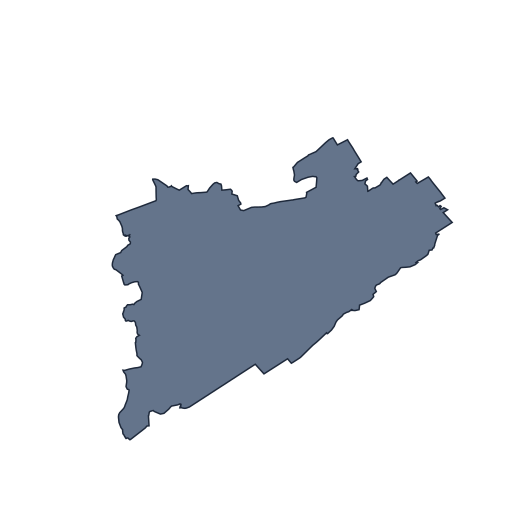 outline of Kabiles pag., Kuldigas, Latvia, rotated 155°
{"feature_id": "27541924B2434505236079", "entity_name": "Kabiles pag.", "entity_type": "district", "adm_level": 2, "iso_a3": "LVA", "parent_name": "Latvia", "parent_adm1": "Kuldigas", "projection": "equal_earth", "projection_center": [22.376, 56.949], "detail": "fine", "context": "isolated", "style": "filled", "palette": "slate", "viewbox_px": 512, "rotation_deg": 155, "n_neighbors": 0, "source": "geoboundaries", "source_scale": "gbopen_adm2", "svg_char_len": 5853}
<svg xmlns="http://www.w3.org/2000/svg" viewBox="0 0 512 512"><g transform="rotate(155 256 256)"><path d="M298.6,145.8L270.8,149.5L269.3,143.9L267.7,144.0L259.6,145.1L258.0,145.5L242.3,151.1L237.6,152.3L233.1,153.7L224.5,156.6L224.3,155.8L224.3,155.5L223.9,155.4L218.9,157.0L215.6,158.8L214.9,159.2L211.7,162.1L209.6,163.4L208.6,163.8L204.9,164.8L202.9,165.4L201.9,166.1L201.4,166.4L197.6,166.6L195.5,166.3L193.9,166.6L191.9,167.1L191.7,166.8L192.7,166.5L191.1,165.7L189.4,164.7L185.3,163.8L184.0,165.8L182.9,167.7L177.6,167.3L171.2,167.3L168.4,168.5L166.5,169.4L166.1,171.8L162.0,172.9L162.0,176.6L160.3,178.2L159.1,178.8L156.0,178.6L155.4,178.7L155.1,178.8L154.4,179.3L154.2,179.3L145.1,180.9L137.9,180.2L137.3,180.3L135.4,181.0L130.0,184.2L129.7,184.2L128.5,183.9L125.3,182.6L121.0,181.1L115.4,180.9L112.8,181.6L113.3,181.8L113.8,182.5L110.9,183.2L108.5,183.0L101.9,184.2L99.6,184.8L96.6,188.0L93.9,187.1L92.4,188.4L91.6,188.2L89.6,190.1L88.9,191.3L82.7,198.0L80.5,198.4L83.6,199.3L83.5,200.9L64.0,203.5L68.0,216.2L62.8,216.9L65.3,220.3L69.0,220.1L69.4,221.2L67.2,222.7L67.9,223.9L68.8,223.5L69.7,223.4L70.6,225.6L71.5,225.5L71.3,228.2L70.9,228.3L68.5,228.3L68.6,228.2L65.8,228.0L60.3,228.6L61.5,234.0L61.7,235.3L64.6,247.0L65.5,250.9L65.4,251.2L66.4,254.8L79.2,253.6L79.9,255.6L78.3,255.8L80.9,266.0L94.6,264.2L94.6,264.3L95.6,264.0L101.4,263.2L102.9,267.8L104.2,272.0L107.6,271.5L111.3,269.4L111.7,269.4L112.3,268.7L113.7,267.9L119.3,267.4L121.0,268.1L121.8,268.1L126.8,267.3L127.3,267.4L125.5,272.2L126.8,275.4L125.0,277.7L122.6,278.2L122.5,279.8L127.8,279.6L131.7,281.0L132.2,281.9L132.6,282.9L132.8,284.1L133.2,286.4L131.9,286.0L130.7,287.6L127.4,288.8L127.7,291.3L127.1,291.5L127.1,292.3L129.6,293.3L124.4,296.5L120.9,296.9L121.4,301.5L122.4,309.8L122.6,312.6L123.8,321.0L123.9,322.7L135.3,322.3L136.2,330.4L136.6,330.7L140.6,330.5L145.1,329.3L157.5,325.2L165.7,325.4L166.8,324.8L170.5,324.4L178.9,323.3L184.9,320.5L185.1,320.6L185.6,318.5L185.8,317.0L186.9,313.1L188.8,310.4L189.6,308.9L189.6,308.2L189.5,307.4L188.1,305.5L182.4,306.1L175.5,305.4L170.9,304.2L169.0,302.9L168.1,302.6L167.8,301.1L170.1,297.0L172.5,292.9L183.3,292.3L183.7,291.0L184.7,289.7L185.7,288.2L187.1,288.0L197.7,291.0L198.9,291.2L199.9,291.6L203.9,292.8L210.7,294.9L213.6,295.6L213.9,295.7L217.2,296.3L220.0,297.1L220.7,297.2L221.2,297.2L222.7,296.9L226.9,296.9L226.9,297.0L230.1,298.0L234.0,299.7L236.3,300.8L239.6,302.0L240.1,302.0L247.9,302.3L250.6,304.2L251.0,309.2L247.8,309.4L247.5,310.5L248.2,313.8L247.5,318.5L251.7,322.4L250.2,324.8L250.4,326.0L250.9,327.3L255.9,328.9L259.1,330.1L257.6,334.2L257.4,336.0L259.0,337.2L260.4,339.2L262.5,339.7L264.6,339.2L269.3,337.2L272.8,335.0L273.7,334.7L280.9,337.4L280.9,337.5L283.5,338.5L288.0,339.8L288.4,341.6L289.5,345.0L287.6,348.3L288.2,348.4L289.3,349.1L297.7,348.1L299.5,350.2L303.1,354.8L303.0,355.3L303.9,355.1L305.5,355.2L306.8,355.6L307.1,357.2L312.7,366.6L315.0,368.4L317.1,369.3L317.4,368.8L317.3,362.0L317.4,360.9L319.4,356.5L321.7,351.3L322.5,349.2L323.3,348.4L340.7,349.7L349.4,350.5L363.4,351.4L365.7,351.7L365.5,350.5L366.1,348.2L365.4,346.5L364.9,344.7L365.0,339.5L365.4,337.5L366.4,335.2L366.7,333.7L366.9,331.7L367.2,331.4L366.9,330.9L367.0,330.8L366.6,330.3L366.3,330.1L366.0,330.1L366.1,329.9L365.7,329.8L365.9,329.5L365.6,329.1L365.8,329.1L365.6,328.9L365.2,328.8L365.1,329.1L364.4,329.1L364.1,328.7L363.7,328.7L363.4,328.4L363.0,328.5L362.9,328.6L362.7,328.5L362.7,328.3L362.4,328.4L362.5,328.2L362.1,328.2L362.5,327.9L362.3,327.8L362.2,327.5L362.4,327.4L362.5,327.2L362.4,327.1L362.5,327.0L362.3,326.9L362.2,326.8L362.2,326.7L362.0,326.4L361.8,326.3L362.6,326.5L363.9,325.6L364.5,323.9L363.9,321.8L364.5,320.6L364.8,320.2L366.3,320.0L367.4,320.0L368.1,319.7L368.9,319.1L375.4,317.7L377.2,316.3L382.2,316.5L382.6,316.5L384.1,315.3L385.3,314.2L386.8,313.0L389.1,310.3L389.9,308.9L390.4,307.7L390.4,305.7L390.1,304.2L390.0,303.9L388.7,302.7L385.4,296.4L384.7,294.8L386.2,294.6L387.3,287.4L387.2,287.3L387.5,286.3L387.1,285.2L385.3,284.5L384.1,284.1L383.1,284.4L380.1,284.4L376.8,283.9L374.3,282.9L373.7,282.0L373.7,281.8L374.5,280.0L374.4,279.3L374.4,276.2L374.5,271.2L374.6,270.9L378.4,265.2L383.2,265.1L385.9,264.4L387.2,263.6L388.2,264.5L390.6,265.0L393.0,266.1L394.7,265.3L395.2,264.7L397.5,264.6L398.2,263.0L399.0,262.1L399.7,261.5L399.8,261.1L401.0,260.2L401.3,259.6L401.7,257.4L401.9,256.7L401.2,254.0L401.2,253.7L401.5,253.3L401.6,253.0L401.6,252.6L401.4,252.0L400.5,251.7L399.1,251.7L398.2,250.6L397.3,249.8L396.5,249.3L395.1,249.2L394.2,248.9L393.9,248.7L393.6,247.9L393.4,246.6L394.2,244.3L394.1,241.9L395.1,238.7L396.0,237.1L396.3,235.6L396.2,235.1L395.2,233.4L398.0,233.2L399.8,232.2L400.3,230.6L401.6,228.4L402.0,228.4L403.6,223.7L404.3,221.4L405.2,217.7L406.0,216.0L405.6,214.7L404.7,212.2L403.9,210.6L403.8,207.8L404.0,207.3L405.0,206.0L407.0,204.2L410.2,204.8L413.6,205.9L418.7,207.1L423.3,207.8L424.8,208.7L424.9,206.8L424.2,204.0L424.5,202.1L425.8,197.7L426.7,196.0L428.9,192.7L429.0,192.0L428.9,189.6L427.8,188.7L427.7,188.0L429.5,185.4L431.8,182.5L433.4,180.2L434.5,179.1L437.6,176.2L438.4,175.3L439.5,174.3L441.0,173.5L445.7,171.6L447.4,170.3L448.4,168.8L448.9,167.7L450.5,163.0L450.9,157.4L450.3,154.9L450.5,154.5L450.8,153.9L451.7,151.1L451.3,149.4L451.3,147.9L451.0,147.0L451.2,146.7L450.9,145.5L449.6,145.5L448.9,145.0L448.1,142.9L447.5,142.7L429.2,146.9L426.7,148.0L424.7,147.3L421.0,156.7L420.7,156.7L418.7,159.6L417.9,159.9L415.6,159.6L414.4,159.4L414.0,158.2L409.5,153.2L409.3,153.1L405.9,152.3L399.7,154.1L397.4,155.2L396.0,155.7L390.0,154.2L387.3,154.1L386.9,154.4L387.1,154.2L386.7,153.5L386.7,153.3L387.1,153.0L386.9,152.8L387.0,152.6L388.3,151.7L388.2,151.4L388.8,151.0L388.7,150.9L388.2,150.9L388.5,150.5L388.7,150.4L387.7,150.0L386.6,149.1L384.9,148.0L383.4,147.6L380.2,147.3L302.4,158.2L298.6,145.8Z" fill="#64748b" stroke="#1e293b" stroke-width="1.5"/></g></svg>